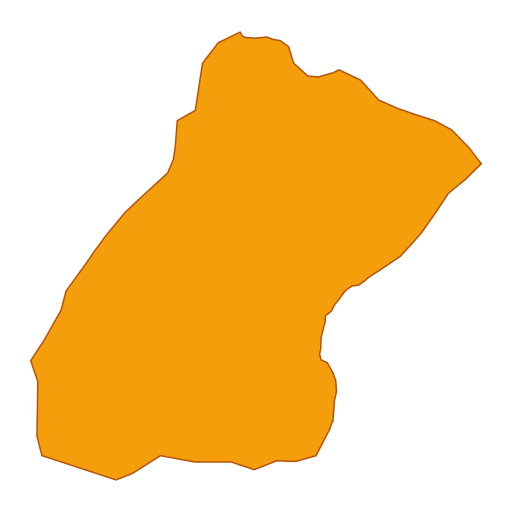 Tandjile Ouest, Tandjilé, Chad
{"feature_id": "50815135B85738495348243", "entity_name": "Tandjile Ouest", "entity_type": "district", "adm_level": 2, "iso_a3": "TCD", "parent_name": "Chad", "parent_adm1": "Tandjilé", "projection": "robinson", "projection_center": [15.838, 9.374], "detail": "fine", "context": "isolated", "style": "filled", "palette": "amber", "viewbox_px": 512, "rotation_deg": 0, "n_neighbors": 0, "source": "geoboundaries", "source_scale": "gbopen_adm2", "svg_char_len": 1324}
<svg xmlns="http://www.w3.org/2000/svg" viewBox="0 0 512 512"><path d="M116.0,479.9L132.3,473.5L160.4,455.7L194.7,462.0L231.2,462.0L254.2,469.7L276.6,460.8L295.7,461.4L316.0,455.7L329.7,429.2L332.3,421.7L332.9,421.3L333.1,418.2L333.4,414.5L333.9,408.5L334.5,400.4L335.8,394.7L336.4,391.1L335.8,380.8L334.3,376.7L332.7,372.5L330.1,367.7L327.1,362.6L320.9,359.8L319.6,354.0L320.8,348.5L320.9,341.6L321.0,338.5L323.0,329.9L325.2,321.8L325.4,315.9L331.3,311.2L334.8,304.4L338.8,299.6L344.0,292.4L347.0,289.3L352.2,286.0L358.3,285.3L364.3,281.1L369.4,276.7L379.3,270.5L385.1,266.6L400.2,256.4L412.8,242.7L421.7,232.5L438.0,209.1L448.6,193.1L465.3,179.5L481.3,163.7L468.1,146.8L451.6,129.9L435.0,120.9L413.3,113.9L396.1,107.8L378.6,100.0L360.6,80.1L338.9,69.8L333.2,72.7L318.1,77.0L312.9,76.5L307.8,76.0L295.8,65.1L293.6,63.1L288.6,46.7L280.2,40.6L273.9,39.6L266.8,37.0L255.7,38.2L248.2,37.7L245.0,37.3L242.4,36.0L240.1,32.1L218.3,42.7L202.7,62.9L202.3,65.1L201.6,69.1L195.3,110.4L177.3,120.6L175.2,147.4L173.6,157.7L173.4,159.5L167.7,172.9L141.9,196.6L139.4,198.9L137.5,200.7L134.4,203.6L124.8,212.8L123.0,214.9L106.1,235.4L101.7,241.4L94.1,251.7L86.9,262.3L66.1,291.0L61.1,310.1L44.2,340.1L30.8,360.5L30.7,360.6L37.8,381.6L37.4,408.4L36.9,435.9L41.9,455.6L116.0,479.9Z" fill="#f59e0b" stroke="#b45309" stroke-width="1.5"/></svg>